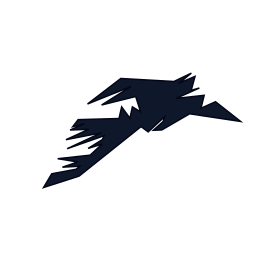 the border of Vestfirðir, rotated 332°
{"feature_id": "ISL-690", "entity_name": "Vestfirðir", "entity_type": "Region", "adm_level": 1, "iso_a3": "ISL", "parent_name": "Iceland", "parent_adm1": "", "projection": "equal_earth", "projection_center": [-22.568, 65.72], "detail": "coarse", "context": "isolated", "style": "filled", "palette": "ink", "viewbox_px": 256, "rotation_deg": 332, "n_neighbors": 0, "source": "natural_earth", "source_scale": "10m", "svg_char_len": 748}
<svg xmlns="http://www.w3.org/2000/svg" viewBox="0 0 256 256"><g transform="rotate(332 128 128)"><path d="M189.1,144.4L157.0,145.6L149.3,141.9L162.1,138.8L165.4,135.3L144.0,140.9L140.2,132.9L62.3,147.5L25.5,140.9L39.2,132.6L62.7,140.0L67.7,139.2L51.7,131.8L67.7,134.4L51.5,122.1L81.8,134.2L97.7,130.0L83.2,127.3L100.1,126.2L103.2,123.6L64.5,117.7L102.1,119.7L67.7,109.2L92.7,110.7L75.9,102.6L91.6,103.8L79.9,100.9L87.9,97.2L124.5,115.4L132.3,106.4L134.3,120.3L141.8,111.4L146.7,119.6L149.6,103.8L115.5,95.3L150.3,92.8L103.5,87.8L144.9,80.9L190.4,108.5L209.7,109.3L193.9,112.4L211.4,113.9L201.5,124.4L209.8,126.2L184.2,124.4L210.6,134.9L201.7,144.8L217.6,145.9L230.5,175.1L189.1,144.4Z" fill="#0f172a" stroke="#020617" stroke-width="1.5"/></g></svg>